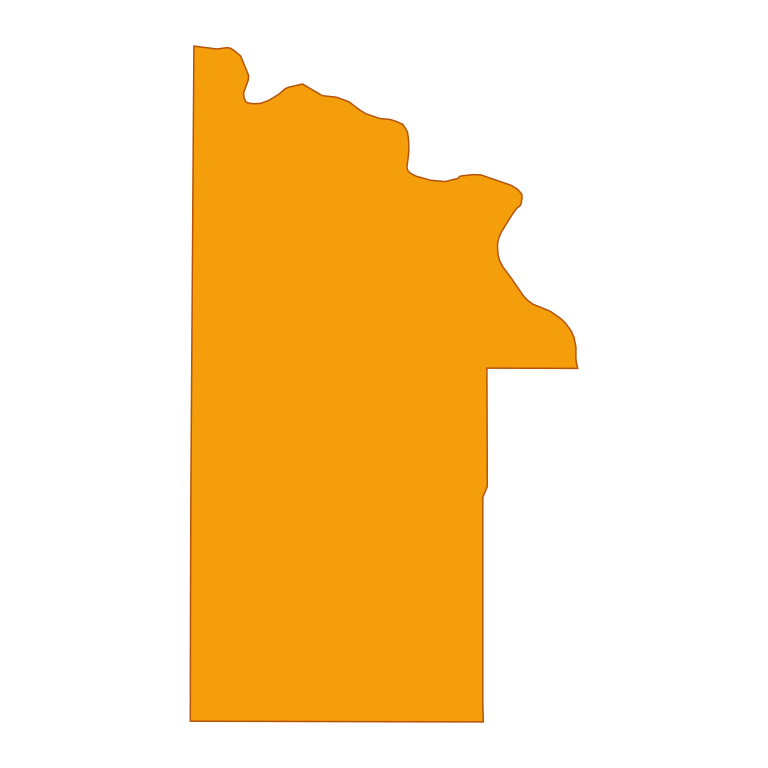 Dixon, Nebraska, United States of America (orthographic projection)
{"feature_id": "52423323B39829047876062", "entity_name": "Dixon", "entity_type": "district", "adm_level": 2, "iso_a3": "USA", "parent_name": "United States of America", "parent_adm1": "Nebraska", "projection": "orthographic", "projection_center": [-96.803, 42.513], "detail": "fine", "context": "isolated", "style": "filled", "palette": "amber", "viewbox_px": 768, "rotation_deg": 0, "n_neighbors": 0, "source": "geoboundaries", "source_scale": "gbopen_adm2", "svg_char_len": 1145}
<svg xmlns="http://www.w3.org/2000/svg" viewBox="0 0 768 768"><path d="M386.5,721.7L483.3,721.9L482.8,703.0L482.8,699.8L482.8,497.2L487.3,486.5L486.9,368.1L577.7,368.4L576.3,362.1L575.9,358.0L575.9,346.8L573.8,336.7L571.1,330.9L565.5,323.2L561.0,318.8L550.3,311.3L533.1,304.3L527.7,300.4L523.3,295.7L511.7,278.8L502.6,266.5L499.7,260.7L498.0,254.7L497.5,245.7L497.7,242.2L499.5,236.0L501.7,231.4L512.1,214.7L516.4,208.6L519.9,205.9L521.2,203.3L522.0,198.1L521.9,195.0L521.3,193.6L517.7,189.4L511.3,185.4L480.9,174.9L473.5,174.6L462.0,175.8L459.6,176.5L457.8,178.4L445.0,181.6L430.9,180.3L415.8,176.1L410.3,173.1L408.1,171.1L406.9,167.7L408.9,151.3L408.6,140.2L407.4,131.7L402.9,124.4L395.9,121.3L389.7,119.4L379.6,118.5L365.7,113.7L359.2,109.6L348.8,101.7L336.5,97.2L322.4,95.7L302.5,84.0L288.9,87.2L285.2,88.7L279.1,94.0L272.6,98.1L268.3,100.6L260.5,103.4L253.6,103.8L247.9,102.9L245.9,101.8L244.7,99.4L243.8,96.5L243.6,93.0L248.2,80.2L248.6,76.8L248.3,74.7L240.7,56.1L234.2,50.6L230.5,48.2L227.4,47.6L216.8,49.0L193.9,46.1L190.9,485.6L190.5,603.2L190.3,721.2L385.9,721.7L386.5,721.7Z" fill="#f59e0b" stroke="#b45309" stroke-width="1.5"/></svg>